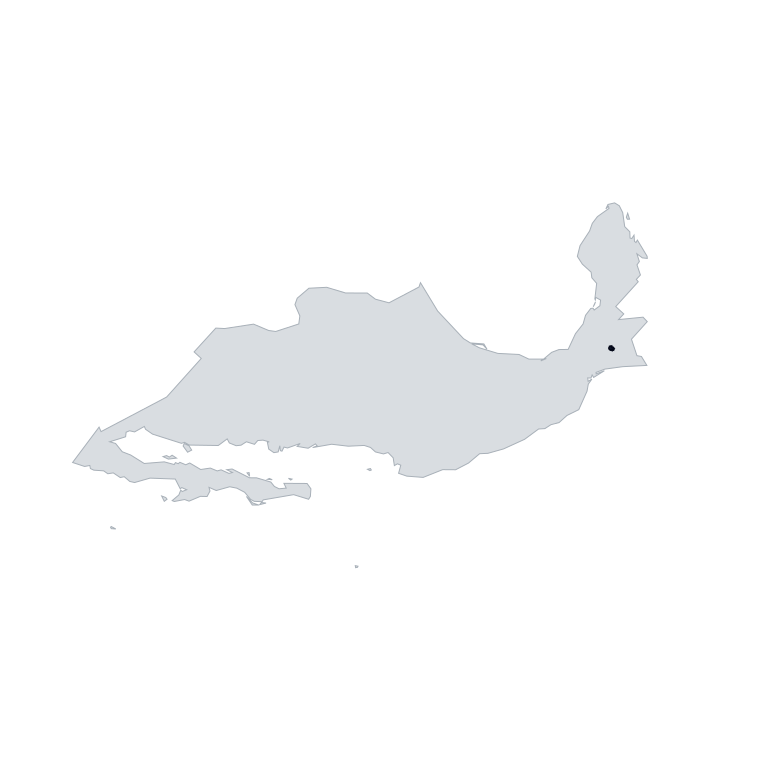 Acala, Chiapas, Mexico shown in context, rotated 312°
{"feature_id": "50627088B13121801882345", "entity_name": "Acala", "entity_type": "district", "adm_level": 2, "iso_a3": "MEX", "parent_name": "Mexico", "parent_adm1": "Chiapas", "projection": "mercator", "projection_center": [-92.809, 16.528], "detail": "fine", "context": "in_parent", "style": "filled", "palette": "ink", "viewbox_px": 768, "rotation_deg": 312, "n_neighbors": 0, "source": "geoboundaries", "source_scale": "gbopen_adm2", "svg_char_len": 5161}
<svg xmlns="http://www.w3.org/2000/svg" viewBox="0 0 768 768"><g transform="rotate(312 384 384)"><path d="M117.3,205.1L161.3,201.1L159.3,205.6L228.9,231.2L280.7,231.1L280.8,221.4L313.0,221.6L318.6,228.5L341.2,247.0L346.6,262.5L350.6,268.4L371.6,280.5L378.3,275.9L383.4,264.7L389.7,262.1L404.9,264.1L417.5,276.7L425.9,294.5L440.4,310.7L441.3,320.9L447.7,333.4L479.5,345.1L483.7,343.3L474.1,375.1L470.9,412.7L472.3,420.7L480.6,431.4L478.8,437.2L479.3,431.4L472.5,422.3L474.7,430.6L482.9,448.1L496.3,464.6L499.4,474.9L508.7,485.3L506.1,485.1L511.5,487.6L509.8,486.0L519.7,487.4L526.7,491.0L532.9,497.7L549.6,492.6L561.8,491.8L569.9,487.8L578.5,487.1L580.2,488.6L579.6,490.7L586.6,492.1L591.3,488.8L590.1,483.5L587.8,484.8L588.4,483.7L601.1,474.7L602.0,467.4L605.7,463.1L605.8,451.2L608.2,442.3L618.0,437.1L635.3,434.4L642.8,431.3L651.2,430.6L665.1,433.7L666.2,431.8L662.6,431.7L667.3,430.3L672.9,434.2L673.9,439.6L671.1,446.7L662.0,457.6L661.6,464.8L657.1,469.2L657.9,470.8L661.9,470.2L657.6,474.7L657.7,476.6L660.5,476.0L655.0,494.0L653.5,495.6L650.6,491.6L650.0,484.8L645.9,491.8L641.8,492.3L636.6,501.6L630.6,501.5L630.1,504.5L596.6,504.4L596.5,515.3L588.8,515.2L607.0,531.8L606.5,537.9L582.9,537.9L574.3,553.0L576.7,556.9L573.7,566.9L556.6,549.8L542.9,538.2L534.5,533.8L533.5,534.9L541.3,538.9L529.2,535.4L530.0,532.6L526.9,533.8L524.8,531.3L522.6,533.9L526.7,535.2L520.6,535.9L514.5,539.7L495.3,545.9L483.0,541.0L472.5,539.9L465.5,535.3L458.5,533.4L454.0,529.0L437.0,525.5L415.8,516.3L402.0,507.6L396.2,501.7L381.8,499.7L368.2,494.6L359.6,484.9L340.8,475.6L330.8,462.6L327.4,454.6L334.9,450.8L333.7,447.4L330.3,446.3L335.3,440.2L335.8,432.9L331.7,430.4L327.8,423.1L327.8,416.4L325.1,410.4L313.9,399.1L304.2,385.4L289.0,373.5L293.3,375.7L293.6,373.1L285.5,370.6L279.5,361.2L283.7,361.5L271.9,355.1L270.2,351.9L265.8,353.1L265.1,351.6L268.4,347.9L262.7,350.8L259.3,348.1L258.5,341.9L262.7,336.3L264.2,337.4L261.3,331.6L257.5,328.0L252.5,328.1L249.0,320.4L242.9,318.7L239.2,315.4L236.7,308.5L238.3,304.2L227.4,302.0L208.3,280.1L207.2,274.8L204.4,273.2L191.9,245.6L190.8,237.1L192.1,234.3L181.5,230.7L179.0,226.2L175.6,224.6L171.9,227.3L157.5,218.8L160.2,224.3L158.5,234.8L161.7,243.2L164.5,259.0L179.1,272.8L183.8,282.0L186.0,281.6L187.1,284.4L189.2,284.7L191.3,290.7L195.3,292.5L197.8,305.0L205.3,311.2L207.8,318.2L211.2,320.4L213.8,328.6L216.8,330.6L215.1,324.5L219.2,328.0L224.3,346.8L229.0,352.1L235.4,365.5L234.5,371.1L235.9,376.1L241.2,381.0L243.2,376.1L258.6,393.4L257.2,399.8L251.2,404.5L247.9,405.1L241.3,390.9L217.1,371.8L214.9,372.1L210.0,366.1L209.0,362.0L210.3,352.9L208.1,344.3L204.4,338.1L192.6,330.6L190.1,323.1L188.0,326.3L182.0,327.8L177.6,322.7L166.5,317.5L164.7,313.1L156.4,306.8L155.6,304.6L164.2,305.8L169.1,304.0L169.1,306.0L173.4,308.1L171.7,303.0L169.8,302.7L173.7,292.5L157.5,273.1L143.9,264.6L141.5,260.3L141.3,253.0L138.0,250.6L136.8,242.3L132.5,238.8L131.9,233.8L125.8,226.0L124.7,222.4L126.6,219.9L122.4,216.7L117.3,205.1ZM207.6,280.4L206.2,285.3L201.9,283.7L203.5,276.2L206.1,275.4L207.6,280.4ZM190.1,279.4L183.9,274.0L182.2,268.4L185.3,270.3L186.1,273.4L189.3,274.2L190.1,279.4ZM670.8,456.2L669.3,454.6L670.1,452.5L674.0,450.8L670.8,456.2ZM210.3,372.0L205.9,367.1L208.4,357.0L207.7,366.0L210.3,372.0ZM153.2,299.9L149.8,299.2L152.0,293.7L153.6,297.8L153.2,299.9ZM96.8,281.7L94.0,278.1L94.6,276.6L95.6,276.7L96.8,281.7ZM213.9,372.2L216.6,376.0L211.1,372.3L213.9,372.2ZM312.1,430.5L311.6,432.1L310.2,431.5L309.6,428.8L312.1,430.5ZM237.1,362.0L238.1,365.0L235.2,361.2L237.1,362.0ZM226.3,341.7L227.9,343.0L225.5,345.9L226.3,341.7ZM231.2,486.6L230.1,487.0L228.5,485.8L229.8,484.2L231.2,486.6ZM584.4,487.1L581.4,487.8L586.5,486.2L584.4,487.1ZM251.8,379.3L250.2,379.0L250.0,376.1L251.8,379.3Z" fill="#d9dde1" stroke="#a8b0b8" stroke-width="1"/><path d="M563.2,531.9L563.3,531.9L563.5,531.8L563.5,531.7L563.8,531.5L563.9,531.4L564.0,531.4L564.2,531.2L564.3,531.2L564.2,531.0L564.1,530.9L564.1,530.7L564.3,530.6L564.2,530.5L564.3,530.3L564.3,530.2L564.5,530.1L564.6,529.9L564.3,529.8L564.2,529.8L564.2,529.7L564.1,529.4L564.2,529.2L564.3,529.2L564.3,528.9L564.2,528.9L564.1,529.0L563.9,529.2L563.7,529.1L563.6,528.9L563.8,528.8L563.8,528.7L564.0,528.6L564.3,528.6L564.4,528.4L564.4,528.2L564.5,528.0L564.5,527.8L564.6,527.7L564.4,527.6L564.2,527.7L564.3,527.8L564.2,527.9L564.2,528.0L564.1,527.9L564.0,527.6L563.9,527.5L563.9,527.4L563.9,527.2L563.7,527.1L563.6,526.9L563.6,526.7L563.4,526.6L563.2,526.6L562.9,526.4L562.8,526.5L562.7,526.5L562.5,526.8L561.7,526.8L561.4,526.9L561.2,527.0L560.9,527.3L560.6,527.9L560.5,528.1L560.5,528.3L560.5,528.6L560.6,528.8L560.7,529.0L560.6,529.3L560.7,529.5L560.8,529.5L560.7,529.7L560.7,529.8L560.8,530.0L561.0,530.1L561.4,530.2L561.4,530.3L561.5,530.2L561.4,530.1L561.5,530.1L561.8,530.1L562.0,530.1L562.1,530.3L562.1,530.5L562.3,530.6L562.5,530.7L562.5,530.8L562.5,531.0L562.4,531.3L562.3,531.1L562.2,531.1L562.0,530.8L561.9,530.8L561.7,530.9L561.7,531.0L561.8,531.1L561.8,531.4L562.0,531.4L562.4,531.4L562.6,531.3L562.7,531.2L562.8,531.1L563.0,531.2L562.9,531.2L562.9,531.3L562.7,531.5L562.8,531.6L562.9,531.8L563.0,531.8L563.2,531.9Z" fill="#0f172a" stroke="#020617" stroke-width="1.5"/></g></svg>